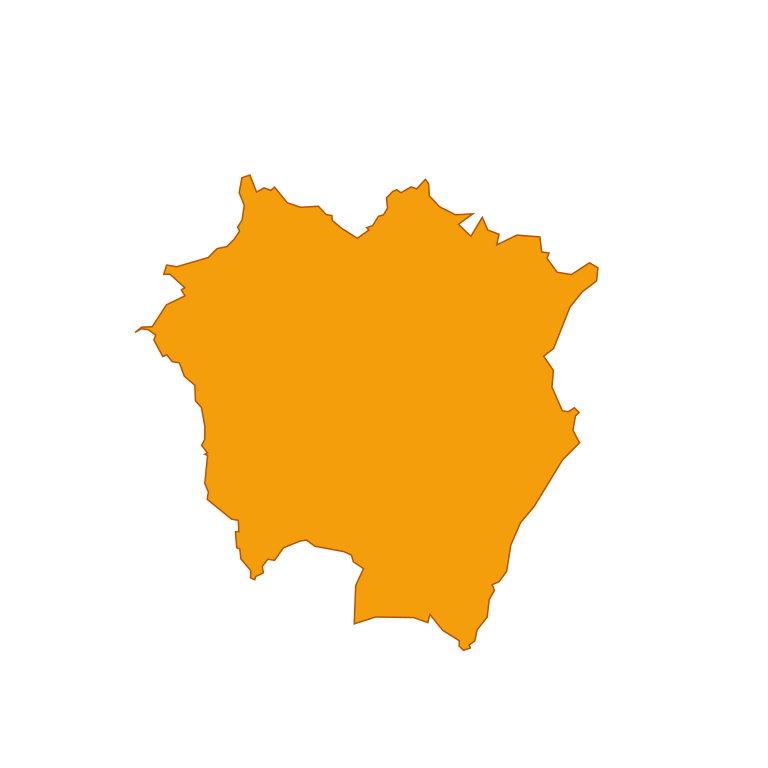 Mafeteng, Mafeteng, Lesotho (Albers equal-area conic projection), rotated 224°
{"feature_id": "5366337B69820143482286", "entity_name": "Mafeteng", "entity_type": "district", "adm_level": 2, "iso_a3": "LSO", "parent_name": "Lesotho", "parent_adm1": "Mafeteng", "projection": "albers", "projection_center": [27.27, -29.817], "detail": "medium", "context": "isolated", "style": "filled", "palette": "amber", "viewbox_px": 768, "rotation_deg": 224, "n_neighbors": 0, "source": "geoboundaries", "source_scale": "gbopen_adm2", "svg_char_len": 1971}
<svg xmlns="http://www.w3.org/2000/svg" viewBox="0 0 768 768"><g transform="rotate(224 384 384)"><path d="M345.3,151.8L341.0,153.4L342.5,156.5L339.6,164.4L344.7,168.0L345.9,177.1L340.2,181.2L342.6,196.3L335.3,212.7L331.4,217.8L321.0,219.3L296.5,235.5L288.6,238.3L282.5,234.8L270.5,237.0L264.4,219.4L238.8,190.8L228.2,210.6L200.4,236.6L186.7,242.8L190.9,250.1L170.4,247.6L151.5,251.6L147.9,247.7L141.8,247.6L138.5,254.1L141.5,255.3L140.2,262.3L146.3,272.0L147.8,288.0L158.6,302.0L161.2,312.3L166.8,314.8L163.9,321.7L165.6,334.3L181.0,356.4L189.5,379.2L190.9,400.0L202.9,453.6L202.5,477.6L216.0,482.0L224.1,494.1L223.8,499.0L230.5,499.2L232.2,492.2L237.1,488.6L261.1,498.5L271.5,511.4L288.5,514.9L286.7,527.4L303.7,568.7L305.4,588.0L302.7,605.8L310.8,616.2L320.4,613.9L325.2,592.9L337.1,584.7L353.9,587.6L356.3,592.9L362.3,588.5L374.0,598.1L391.9,583.4L399.5,562.4L405.3,571.6L416.3,566.9L429.1,572.2L424.1,550.6L441.4,550.6L438.3,568.1L450.1,555.4L467.1,550.1L482.0,550.8L491.1,559.1L496.4,559.9L496.1,547.1L501.5,544.5L504.6,533.4L509.7,532.6L511.5,528.7L511.5,519.6L503.7,513.0L501.9,505.3L504.5,500.8L502.2,490.1L505.0,484.4L501.8,484.3L504.4,470.3L522.7,466.5L534.9,465.7L538.5,469.0L543.2,465.7L554.7,466.3L566.8,453.1L579.6,447.2L599.5,449.6L599.9,444.7L606.5,441.8L609.0,433.5L625.6,441.2L629.5,433.6L621.1,421.1L608.6,415.4L600.0,403.4L598.3,395.3L594.0,393.5L592.3,384.2L592.5,373.7L598.1,365.4L598.3,352.9L614.6,324.3L623.0,318.6L618.6,309.9L614.3,314.3L594.2,314.9L595.1,310.8L588.4,309.2L595.5,289.9L590.5,264.2L597.8,256.6L598.9,248.2L596.9,255.1L591.3,259.3L582.1,260.6L580.1,255.8L562.1,250.1L560.6,254.2L552.0,252.9L545.9,257.1L533.1,250.9L519.2,251.7L508.1,241.0L498.9,240.2L483.2,228.9L474.3,219.4L472.6,213.1L463.0,211.8L464.1,209.0L461.2,210.0L443.9,188.1L435.3,184.3L431.1,178.2L399.7,180.9L394.1,184.7L385.9,177.0L388.2,174.5L376.3,164.0L373.1,165.1L365.5,158.8L350.1,157.2L345.3,151.8Z" fill="#f59e0b" stroke="#b45309" stroke-width="1.5"/></g></svg>